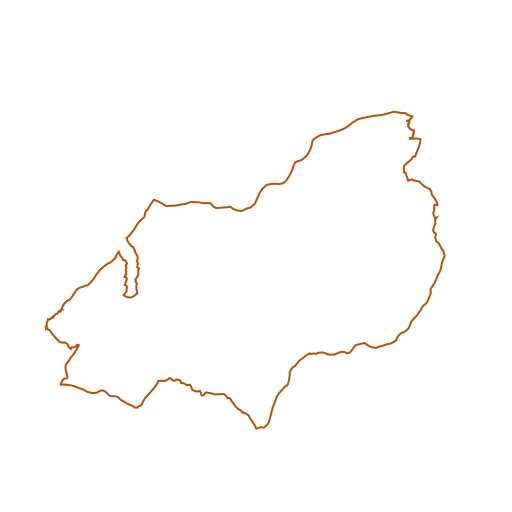 the district of Petrova, Maramures, Romania, rotated 287°
{"feature_id": "2599482B68695262569516", "entity_name": "Petrova", "entity_type": "district", "adm_level": 2, "iso_a3": "ROU", "parent_name": "Romania", "parent_adm1": "Maramures", "projection": "equal_earth", "projection_center": [24.184, 47.831], "detail": "fine", "context": "isolated", "style": "outline", "palette": "amber", "viewbox_px": 512, "rotation_deg": 287, "n_neighbors": 0, "source": "geoboundaries", "source_scale": "gbopen_adm2", "svg_char_len": 6051}
<svg xmlns="http://www.w3.org/2000/svg" viewBox="0 0 512 512"><g transform="rotate(287 256 256)"><path d="M435.2,364.7L435.3,359.5L435.9,358.3L436.0,357.2L436.3,356.7L435.4,354.0L434.2,345.5L429.2,337.8L427.2,333.9L425.1,329.1L421.1,321.2L417.3,314.6L415.2,312.1L411.3,309.0L407.5,306.4L404.5,304.0L400.1,298.9L394.4,290.4L392.9,287.0L390.0,282.0L387.9,279.7L384.2,276.9L382.2,276.4L379.2,276.8L373.8,276.8L368.6,275.8L366.2,274.8L362.0,272.3L360.6,270.9L358.8,268.0L356.9,266.2L355.1,265.7L348.6,265.4L342.5,264.5L336.7,262.8L333.3,260.5L331.6,257.1L330.5,252.5L329.2,249.3L327.2,245.5L322.3,242.5L316.5,240.9L305.8,239.7L300.7,236.6L298.6,233.0L296.9,231.6L294.7,228.7L294.0,224.7L294.3,220.6L295.6,216.8L294.5,214.9L290.1,203.8L290.8,200.7L293.2,197.1L291.2,190.2L290.5,185.3L288.9,178.4L287.6,176.4L285.0,173.3L284.3,171.3L281.1,165.2L277.4,155.6L278.5,151.8L279.5,147.4L279.9,141.9L277.4,141.0L269.0,138.8L266.4,137.6L264.7,137.4L261.2,137.8L260.3,137.6L256.6,135.3L251.8,133.1L245.7,131.7L239.8,129.5L237.5,128.4L235.3,126.9L234.4,127.9L233.0,128.5L230.7,131.1L230.1,132.5L228.9,134.1L228.7,135.6L228.4,136.0L226.3,138.1L224.4,139.3L221.3,142.6L219.2,143.6L216.1,143.6L215.1,144.9L211.5,145.6L210.6,145.6L210.2,145.9L210.2,147.3L209.8,147.8L208.2,147.4L204.9,148.7L203.0,148.9L197.9,147.5L197.5,148.1L195.8,148.7L195.2,149.3L195.0,150.0L194.3,150.3L192.2,150.3L191.9,150.7L190.3,150.9L185.7,153.5L183.4,152.0L180.4,149.6L179.8,148.5L179.2,146.4L179.1,143.5L179.9,140.9L184.4,142.6L184.8,142.2L187.7,141.9L189.6,141.1L189.9,139.0L196.4,139.2L197.8,137.9L197.5,136.6L198.5,136.4L200.7,137.3L201.3,136.5L203.3,136.6L204.5,135.4L206.7,135.6L209.1,134.1L210.9,134.9L213.5,132.5L213.7,131.8L213.3,130.7L213.3,129.9L214.1,129.5L215.6,127.9L216.3,126.5L216.8,126.0L219.9,123.5L216.2,122.3L213.0,122.1L211.8,121.6L206.8,118.3L205.9,116.9L201.8,113.8L196.8,110.7L191.7,108.8L185.8,107.1L179.3,104.0L178.6,103.2L177.8,101.7L175.9,99.4L174.0,96.4L172.5,95.1L171.0,94.2L162.8,91.9L160.8,91.1L159.4,90.2L157.2,88.0L154.4,86.5L153.2,86.3L152.9,86.0L152.4,86.4L151.4,85.9L150.3,85.6L149.7,85.7L149.4,85.3L149.6,85.1L148.8,86.0L148.8,85.6L148.0,85.4L147.1,85.6L146.5,84.7L146.1,85.1L145.4,85.0L145.3,84.1L144.8,83.3L142.7,82.8L141.5,81.1L140.0,80.7L139.3,79.8L138.2,80.2L137.7,80.0L138.1,79.3L137.4,79.2L136.5,78.4L135.5,78.0L135.6,77.5L134.8,76.5L134.7,75.6L133.8,75.9L133.0,75.6L130.4,75.6L129.2,75.8L128.6,76.2L126.7,75.5L125.9,76.1L125.7,76.2L126.1,76.7L125.2,76.8L125.7,77.2L125.7,77.8L124.9,78.0L124.7,80.5L121.4,84.6L120.6,86.2L118.1,89.9L117.6,91.3L116.7,92.4L116.4,94.2L116.4,95.3L117.0,97.6L117.5,98.2L117.4,99.0L116.4,101.9L114.2,103.3L113.6,105.2L113.0,105.8L113.0,106.2L114.6,106.3L115.0,107.1L115.3,108.2L117.0,110.3L118.9,110.8L118.8,112.6L114.8,111.9L108.3,110.2L105.0,108.6L100.4,107.5L97.1,106.0L95.3,106.0L92.4,106.8L85.9,110.7L84.4,111.1L83.6,110.8L82.6,108.4L81.5,107.6L76.9,106.7L75.8,107.0L75.7,107.4L76.8,109.1L77.2,110.7L78.4,118.7L78.4,120.7L78.1,122.4L77.9,125.3L77.9,129.6L77.1,132.8L76.8,134.6L77.0,139.3L78.4,143.2L79.5,144.6L81.2,145.9L81.8,146.7L82.7,149.1L82.3,151.4L80.3,155.4L79.7,157.0L79.6,158.1L80.5,161.8L80.8,165.2L79.7,166.9L78.9,169.0L77.1,176.0L76.6,181.3L75.7,184.8L76.4,187.2L77.1,187.2L77.7,187.6L79.5,189.5L80.2,189.9L86.9,191.2L99.8,197.1L105.4,198.9L107.8,199.0L109.8,204.3L109.5,205.0L112.0,207.8L113.2,208.3L114.2,209.6L113.4,211.0L112.6,213.6L112.9,214.5L114.9,216.6L114.7,217.5L115.0,218.8L114.5,220.0L113.6,221.1L112.6,221.3L112.6,221.6L113.0,223.1L113.0,225.0L112.3,227.5L113.6,230.4L112.3,231.9L109.4,234.2L108.9,238.9L110.5,241.7L109.6,242.7L107.8,243.9L106.7,245.1L107.2,246.2L109.0,247.2L110.9,247.9L111.4,251.6L111.8,257.7L114.6,265.6L114.2,266.9L113.3,268.6L111.8,270.4L112.4,272.2L111.9,273.5L110.6,274.4L107.8,278.4L106.7,279.6L105.3,281.9L104.5,283.6L104.1,285.7L103.2,287.7L102.5,288.2L102.9,289.2L102.0,290.2L102.6,291.8L101.0,296.1L99.9,296.8L93.0,305.1L91.4,306.1L91.0,306.9L93.7,310.5L94.0,313.5L95.0,314.4L99.2,316.6L102.1,316.9L115.8,316.3L127.9,317.1L130.9,318.0L137.7,320.9L140.1,322.3L141.4,323.6L143.1,324.0L147.7,323.8L152.1,323.0L154.1,322.3L157.1,322.7L160.3,323.7L162.0,325.4L167.0,327.3L169.5,328.6L172.2,330.8L176.0,333.3L177.0,334.4L177.7,334.9L178.6,336.0L178.2,336.8L179.6,339.7L179.9,341.2L179.8,341.9L181.8,344.1L183.1,347.5L183.4,348.8L182.9,353.6L183.0,354.8L184.2,358.1L184.4,359.4L187.7,363.5L189.3,365.9L189.4,366.7L189.9,367.5L190.1,368.8L189.7,371.0L190.1,372.3L191.6,374.3L199.8,377.3L200.3,377.9L204.4,385.1L204.4,386.2L203.7,387.5L202.9,390.8L202.5,393.1L203.0,395.6L203.2,397.7L205.3,400.3L207.9,404.4L209.8,406.8L211.0,409.4L212.3,411.2L214.3,412.9L215.7,414.4L218.8,414.8L221.9,415.8L223.6,416.7L225.3,417.9L226.5,419.6L227.7,420.8L230.7,422.8L233.1,423.3L239.0,423.7L244.2,426.1L245.8,427.2L250.3,428.5L251.9,429.3L255.4,429.7L258.4,431.1L260.5,432.7L264.2,433.5L271.5,434.0L272.7,433.7L274.1,432.9L275.6,432.7L282.6,434.7L291.0,435.5L295.8,436.5L298.4,436.4L304.0,435.8L311.2,436.4L313.3,435.3L315.4,433.8L317.8,430.8L321.1,427.5L321.9,426.4L323.1,423.7L326.2,421.9L329.8,421.7L330.3,420.8L330.4,419.6L331.2,418.6L332.7,417.8L335.8,417.6L339.7,418.1L341.4,417.2L343.4,416.9L345.4,417.4L344.7,416.7L344.5,416.3L344.9,415.8L348.3,413.2L349.1,412.9L352.1,413.0L354.9,412.0L357.0,411.7L357.3,412.1L357.6,414.5L359.5,413.8L360.3,413.1L361.6,411.9L362.4,410.8L362.7,410.8L365.7,406.7L366.7,405.7L368.6,405.1L371.0,402.3L371.0,400.6L371.9,396.4L374.9,390.2L374.3,384.5L374.9,383.0L374.3,381.7L372.4,379.4L372.8,378.8L374.6,378.3L377.3,375.9L378.7,375.4L379.3,374.2L379.2,373.0L380.4,372.9L383.0,371.7L385.5,371.3L388.5,372.9L393.2,376.0L394.5,376.6L396.1,376.8L396.9,377.3L397.6,379.0L406.3,379.7L412.2,379.9L415.9,379.1L415.3,375.2L413.1,368.9L414.0,368.7L414.7,371.3L419.2,370.6L419.3,370.9L422.2,370.4L422.1,368.3L423.0,365.4L424.6,363.6L425.0,363.8L426.3,362.8L426.6,363.4L427.2,363.6L428.3,363.7L429.0,363.4L429.0,361.3L429.6,361.0L429.9,362.0L430.6,362.8L431.5,363.3L432.3,363.3L434.0,364.7L435.2,364.7Z" fill="none" stroke="#b45309" stroke-width="2"/></g></svg>